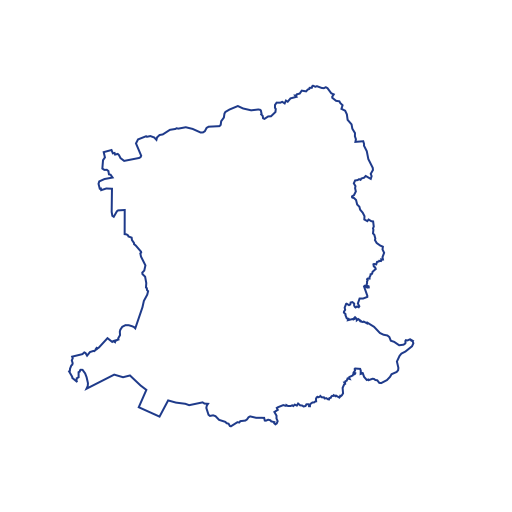 the district of Acaxochitlán, Hidalgo, Mexico, rotated 17°
{"feature_id": "50627088B79111544799343", "entity_name": "Acaxochitlán", "entity_type": "district", "adm_level": 2, "iso_a3": "MEX", "parent_name": "Mexico", "parent_adm1": "Hidalgo", "projection": "mercator", "projection_center": [-98.184, 20.165], "detail": "fine", "context": "isolated", "style": "outline", "palette": "blue", "viewbox_px": 512, "rotation_deg": 17, "n_neighbors": 0, "source": "geoboundaries", "source_scale": "gbopen_adm2", "svg_char_len": 6106}
<svg xmlns="http://www.w3.org/2000/svg" viewBox="0 0 512 512"><g transform="rotate(17 256 256)"><path d="M115.9,173.6L109.1,179.0L108.3,183.4L116.9,193.7L116.7,195.2L115.6,196.4L102.1,203.6L97.8,202.0L95.5,199.6L93.9,198.8L91.6,200.2L90.6,198.8L89.1,199.7L86.8,196.9L80.0,201.2L82.7,205.9L81.7,209.1L83.5,217.3L85.8,218.0L88.1,217.2L90.0,217.9L91.5,220.9L93.2,220.8L95.9,222.9L88.6,226.7L84.3,230.5L84.3,233.0L86.9,237.3L87.9,236.8L88.7,238.3L93.1,235.2L98.6,233.8L105.1,256.1L106.9,259.6L108.5,260.1L109.9,253.9L110.8,252.7L117.0,250.4L124.0,273.5L125.9,273.2L127.6,273.7L128.3,274.6L131.7,274.8L132.7,277.0L135.6,279.3L135.9,280.3L137.9,281.1L144.8,285.5L145.2,286.3L144.6,287.3L146.2,290.2L153.0,297.3L153.4,302.6L152.1,305.1L152.7,306.5L156.0,308.2L159.0,314.0L160.0,318.3L161.0,318.7L161.7,320.4L163.1,321.2L163.3,324.8L161.9,331.7L162.4,338.2L161.7,360.5L160.0,359.6L157.9,359.4L154.6,359.4L151.4,360.3L148.8,362.8L147.8,366.2L147.9,368.2L149.1,371.4L148.3,375.0L148.9,376.1L146.0,378.0L146.7,378.1L146.1,378.7L146.3,379.6L144.3,379.2L143.6,380.2L138.0,378.0L132.5,389.5L131.6,390.6L130.5,390.4L130.2,391.3L131.8,391.3L130.9,391.5L129.1,394.3L128.3,394.3L125.3,396.4L123.6,400.7L121.3,398.6L120.0,398.4L118.7,400.6L109.6,406.0L110.6,407.3L110.4,409.7L112.0,412.1L112.1,413.6L111.4,414.7L111.1,418.2L111.6,420.3L111.0,421.0L115.5,425.2L116.0,426.3L122.0,428.8L120.9,428.1L120.3,425.4L121.8,423.8L120.3,419.0L121.3,418.0L121.1,416.9L121.5,416.1L123.4,415.6L126.9,418.2L129.4,421.4L132.5,426.8L133.1,429.5L132.7,432.5L155.1,410.9L164.3,410.8L170.4,407.1L183.5,413.6L190.3,416.1L188.1,434.9L210.7,437.8L214.2,419.8L222.3,419.6L231.6,418.0L235.7,418.2L247.7,411.6L249.9,412.2L253.3,411.4L252.7,413.4L252.9,415.8L257.0,421.7L258.7,422.4L261.6,420.9L264.1,421.0L268.6,423.5L275.2,423.6L276.8,424.5L278.8,424.4L280.7,426.2L281.8,426.2L286.8,420.4L288.7,420.1L289.3,418.5L293.9,416.5L295.2,414.9L296.0,412.4L297.3,411.1L303.3,410.7L311.1,408.4L312.5,410.8L313.6,410.6L315.5,409.0L317.8,408.9L318.9,409.7L322.2,409.5L322.3,410.6L323.8,411.3L324.8,410.0L325.0,407.6L323.1,405.4L322.3,402.7L319.2,399.8L321.8,396.8L320.3,395.2L321.1,394.3L325.7,390.6L328.1,390.6L328.8,390.3L328.7,389.7L330.4,390.1L333.0,389.3L334.3,388.2L335.5,388.6L336.5,386.8L338.8,387.1L339.4,384.8L341.9,385.9L343.9,385.5L345.5,386.0L347.2,385.0L347.6,383.1L349.3,382.5L350.6,383.4L350.7,384.1L351.5,383.9L351.0,382.1L351.7,381.0L352.8,379.6L354.4,379.0L355.2,377.8L356.0,377.4L355.1,375.1L355.3,373.6L355.9,372.7L356.8,372.9L358.4,371.7L358.5,371.1L360.2,371.9L362.3,371.3L363.3,372.2L364.8,371.4L366.9,372.0L367.8,371.8L367.7,370.5L369.0,369.7L369.1,368.4L369.7,367.5L371.0,367.1L371.1,366.4L372.0,366.7L373.1,366.2L373.4,366.7L374.0,366.3L377.1,367.0L377.4,365.4L377.8,365.7L378.8,364.2L379.4,361.9L377.4,356.8L377.8,353.3L378.6,352.2L377.4,351.1L378.2,350.7L378.1,349.7L379.2,348.7L379.4,346.3L381.5,346.2L380.6,345.3L380.6,344.5L383.4,342.0L383.5,340.6L383.8,341.0L385.0,340.1L385.2,339.0L383.5,338.6L384.2,336.6L383.4,335.2L383.7,334.6L388.6,333.5L389.7,335.0L390.4,337.6L390.9,336.8L391.7,336.8L391.5,337.6L392.5,337.0L394.7,340.0L398.2,342.2L399.4,341.3L400.0,341.8L403.4,339.3L404.8,339.1L406.4,339.7L408.3,339.4L411.0,341.3L412.9,340.9L417.5,336.4L419.5,332.4L420.2,329.4L424.4,325.8L425.3,323.7L424.9,321.4L421.6,315.7L422.5,309.4L423.6,306.8L426.8,303.7L431.6,296.7L432.0,293.5L430.9,291.8L429.9,291.6L430.3,291.2L427.7,290.6L425.5,292.5L423.9,292.7L423.7,293.6L424.4,295.4L424.0,296.5L423.0,297.7L419.0,299.5L413.2,297.7L409.7,297.6L407.2,294.5L404.9,293.6L400.9,294.0L397.0,293.4L389.6,289.2L382.0,287.2L382.0,288.0L378.2,287.2L377.6,287.9L374.9,288.0L374.3,287.6L374.6,287.2L372.3,286.4L371.2,288.0L370.8,286.7L368.6,285.6L367.9,287.0L368.6,287.4L367.6,288.3L366.7,288.1L362.7,290.5L362.7,289.0L361.0,289.1L358.9,286.5L358.6,285.4L356.6,284.4L356.4,283.4L357.0,281.4L355.9,279.5L356.2,275.4L356.6,275.1L359.3,275.8L360.3,274.8L360.1,272.8L361.7,271.9L363.8,272.8L364.3,274.6L365.3,275.7L366.3,276.1L367.3,274.8L369.2,275.0L369.5,273.9L367.3,271.6L367.5,266.4L370.8,265.4L374.4,262.6L374.1,261.5L368.2,253.5L368.6,252.8L371.6,253.7L373.0,253.1L372.6,252.1L370.0,251.7L370.2,249.6L369.6,248.0L369.9,246.8L369.0,245.8L369.3,245.0L371.2,244.4L370.8,243.0L371.2,241.0L370.9,240.0L372.2,239.0L372.1,237.0L374.3,233.4L373.3,232.1L371.7,231.5L370.7,229.6L371.2,229.1L373.4,228.9L373.5,226.2L375.0,225.4L375.2,224.6L377.0,224.3L377.3,223.3L376.8,222.6L378.4,222.2L377.3,220.1L377.6,215.5L375.1,212.8L374.6,210.0L371.8,209.7L367.6,208.3L365.1,206.0L365.0,204.4L363.0,201.2L361.3,200.2L360.6,196.6L359.8,195.4L360.0,193.4L357.9,188.7L356.1,189.0L353.0,188.2L352.3,190.1L348.9,189.4L348.1,186.2L345.4,183.4L342.0,181.2L340.5,178.7L337.7,177.2L335.3,173.2L332.8,171.9L331.1,172.0L330.6,171.6L330.4,170.9L331.9,169.2L332.6,165.1L330.9,162.1L330.7,160.1L328.3,157.9L328.7,154.8L331.0,153.7L332.1,152.4L333.7,152.6L334.1,151.1L336.5,149.5L337.5,147.4L343.2,148.7L343.2,145.8L341.7,143.9L342.7,139.6L341.9,137.6L335.1,130.5L331.3,123.4L327.0,118.9L326.6,117.3L325.0,114.9L317.7,117.8L317.4,115.1L315.6,112.6L314.7,109.5L310.9,106.1L308.9,102.2L303.8,99.0L301.5,94.0L298.8,91.0L294.7,90.3L294.7,86.5L291.9,85.1L290.5,83.7L287.2,84.2L282.7,82.4L282.3,81.4L283.1,78.7L280.4,78.4L275.3,74.6L273.4,74.2L271.8,75.7L269.7,76.1L264.6,75.8L263.3,76.8L260.7,76.5L260.1,77.3L260.2,78.8L258.1,79.5L258.1,80.7L256.8,81.7L255.8,83.9L251.4,84.5L250.3,87.9L247.8,89.4L247.7,90.5L246.5,91.0L248.1,92.0L242.9,95.2L241.2,99.2L239.2,98.6L238.8,101.7L236.0,100.9L234.4,102.3L230.9,103.3L230.0,106.0L230.8,108.7L231.9,109.6L232.5,112.6L229.5,118.0L226.8,119.0L224.0,122.4L222.5,122.2L221.4,120.0L219.5,119.0L219.7,118.3L218.1,115.4L217.2,115.0L215.4,115.2L208.8,118.1L200.5,118.7L194.8,117.9L187.8,123.7L184.6,127.2L184.2,129.0L184.8,133.0L183.3,137.3L183.9,140.9L183.1,142.5L172.9,146.2L171.3,147.9L170.6,151.6L169.2,153.3L167.0,154.1L158.2,153.0L151.2,153.4L144.5,156.9L142.6,157.1L141.9,158.0L136.8,160.5L131.3,167.0L128.4,168.5L126.7,171.5L126.8,174.0L124.0,172.4L119.9,172.2L116.8,173.9L115.9,173.6Z" fill="none" stroke="#1e3a8a" stroke-width="2"/></g></svg>